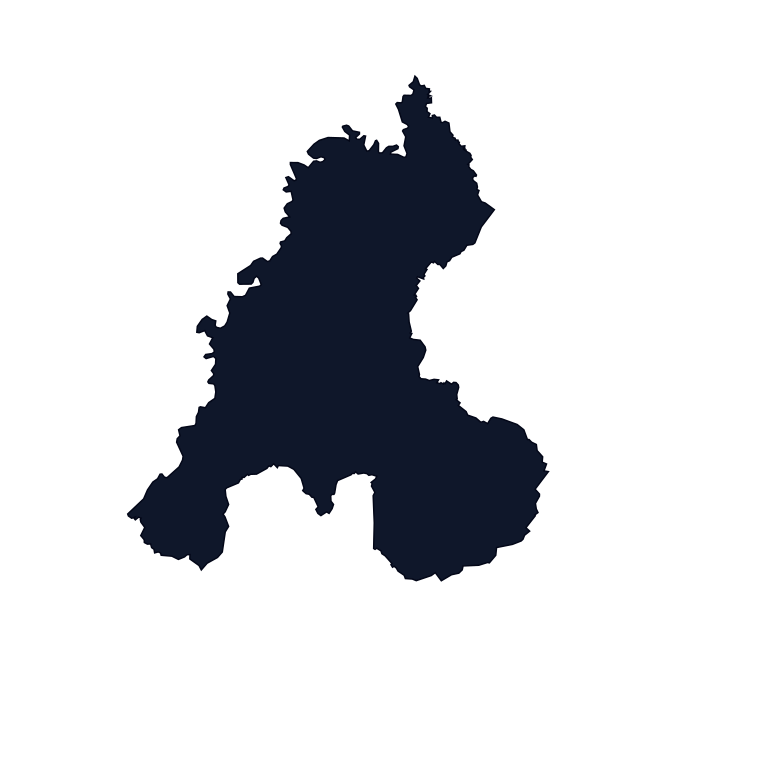 the district of Mueang Maha Sarakham, Maha Sarakham, Thailand, rotated 305°
{"feature_id": "78962969B99626144769270", "entity_name": "Mueang Maha Sarakham", "entity_type": "district", "adm_level": 2, "iso_a3": "THA", "parent_name": "Thailand", "parent_adm1": "Maha Sarakham", "projection": "orthographic", "projection_center": [103.336, 16.105], "detail": "fine", "context": "isolated", "style": "filled", "palette": "ink", "viewbox_px": 768, "rotation_deg": 305, "n_neighbors": 0, "source": "geoboundaries", "source_scale": "gbopen_adm2", "svg_char_len": 6171}
<svg xmlns="http://www.w3.org/2000/svg" viewBox="0 0 768 768"><g transform="rotate(305 384 384)"><path d="M297.2,571.2L297.9,572.9L307.8,573.8L314.6,570.0L326.3,581.2L334.1,586.4L336.6,586.9L340.7,585.9L347.0,587.7L347.7,582.7L362.8,583.5L363.1,582.6L367.0,583.9L369.0,580.4L373.1,576.5L381.2,575.7L383.0,574.5L384.5,568.1L406.5,568.9L404.6,564.9L411.7,563.0L410.7,558.4L415.4,555.7L417.3,547.6L421.8,543.5L421.0,538.3L421.7,534.7L420.8,533.3L426.7,524.8L427.2,516.3L423.0,500.6L419.4,492.2L417.2,491.2L411.0,491.6L410.5,487.0L408.2,485.3L408.9,478.8L406.5,470.4L408.5,467.1L409.1,457.2L412.2,457.1L412.6,452.1L413.8,452.5L417.1,449.6L424.1,447.1L425.8,445.4L426.5,442.2L425.3,440.1L422.6,439.4L422.4,433.5L419.3,433.9L419.3,432.5L418.1,432.8L417.7,429.9L416.6,429.9L415.3,426.5L418.7,426.3L416.5,422.3L412.8,419.1L411.9,415.3L409.5,411.3L410.2,408.4L412.1,407.6L417.6,401.6L428.2,401.0L435.7,398.8L438.0,396.3L440.6,388.5L437.3,382.4L436.5,378.6L441.4,377.8L440.9,376.2L442.9,376.1L449.2,369.0L455.6,363.9L455.6,362.7L459.3,363.6L472.0,362.8L472.9,360.1L474.3,360.5L475.1,359.0L474.4,357.7L482.1,357.4L483.2,353.9L489.0,354.3L489.5,350.0L491.1,349.9L492.8,356.3L494.1,355.1L496.0,355.5L496.7,353.8L502.5,353.5L502.2,351.9L511.0,352.7L511.7,355.1L513.5,355.0L512.8,359.5L514.0,361.2L512.6,366.3L516.2,366.9L520.1,365.5L522.6,367.0L526.7,366.8L534.2,371.5L536.7,371.2L539.4,372.7L545.2,372.3L549.3,376.7L551.7,377.5L568.5,373.6L590.1,374.4L590.3,363.1L589.2,359.3L592.5,352.2L597.0,350.8L596.6,348.4L598.9,347.6L601.6,344.8L601.9,340.1L603.8,338.2L606.5,338.9L606.9,340.2L608.2,339.9L609.9,334.9L609.6,331.8L610.7,328.7L612.3,327.9L612.0,326.7L618.5,327.6L619.5,324.9L621.2,324.2L622.2,322.0L621.8,317.8L622.7,317.0L622.0,316.0L622.9,315.5L621.8,314.6L622.9,313.6L623.5,314.7L625.5,313.6L623.0,310.9L623.8,307.6L625.2,307.1L625.0,305.9L626.2,304.8L624.9,302.5L626.1,301.3L625.4,298.4L627.4,297.8L628.5,293.3L635.0,287.5L634.2,283.3L631.7,282.1L631.1,280.6L634.5,276.7L632.6,274.1L633.3,271.0L631.6,269.6L629.5,271.1L628.1,267.3L631.8,266.6L631.8,263.0L634.7,261.2L635.0,258.8L638.2,257.9L641.6,261.6L645.6,258.6L643.8,257.3L644.5,255.9L643.7,255.6L645.0,255.1L646.8,256.9L646.2,253.7L650.4,254.2L649.8,253.0L651.8,251.9L650.1,248.6L651.7,245.7L649.7,243.8L649.4,241.6L653.4,235.9L653.9,232.8L648.4,234.6L643.0,233.2L642.1,234.5L642.1,239.9L638.3,241.3L636.0,240.8L632.0,234.8L630.4,234.7L625.4,237.3L624.0,236.6L622.1,233.4L620.1,233.1L617.3,238.3L609.2,248.7L609.9,254.2L609.1,256.4L607.1,256.6L603.5,254.0L601.9,254.1L599.0,260.0L590.6,263.8L586.1,270.6L582.6,271.7L581.1,270.4L579.9,263.5L576.0,257.4L577.8,256.6L584.8,260.4L586.6,259.6L586.9,257.2L583.7,254.9L581.4,251.6L578.9,250.5L572.4,250.1L570.5,247.6L571.2,246.1L578.0,241.5L579.4,238.2L578.4,237.5L574.2,238.4L566.5,238.0L564.9,236.3L568.2,230.3L576.5,226.7L575.8,225.1L570.5,223.8L568.9,221.3L569.6,219.4L574.7,220.5L576.1,219.5L573.3,213.0L575.1,207.1L574.5,204.9L571.6,202.4L570.6,202.5L568.4,207.0L568.1,213.1L563.2,216.1L562.6,210.2L553.8,196.8L546.5,191.3L540.3,189.1L530.5,187.8L529.0,190.3L528.6,196.7L530.0,199.4L534.0,202.0L535.1,205.2L534.1,206.9L531.0,206.3L528.9,204.4L528.1,200.8L526.1,198.6L517.7,197.9L517.6,192.9L516.0,186.6L511.7,180.3L510.1,181.4L502.0,194.5L500.4,194.9L498.9,193.8L499.0,186.8L496.8,185.2L492.7,192.0L490.8,192.1L487.2,189.7L485.3,190.1L485.2,193.7L488.6,197.4L482.7,203.8L480.8,204.0L476.2,201.4L470.8,201.3L468.4,204.4L466.8,210.9L461.9,206.4L458.9,205.9L456.3,207.0L455.6,209.4L457.1,215.3L455.7,220.3L453.8,221.8L448.1,220.4L444.3,220.6L441.0,217.8L439.5,218.3L438.3,220.8L436.7,221.6L428.9,221.7L424.5,219.6L419.2,219.8L417.4,218.1L417.5,212.3L416.2,210.6L409.7,206.8L404.6,206.8L390.5,201.0L383.2,206.2L382.9,208.4L389.7,217.9L392.1,218.3L396.1,217.0L399.2,217.8L398.9,220.6L395.0,226.5L392.8,226.0L385.3,218.7L377.2,219.7L374.2,217.9L369.7,211.1L371.3,205.5L370.0,203.5L368.1,204.5L365.6,209.4L358.2,210.6L353.7,217.0L344.7,220.0L340.2,220.2L335.8,218.0L334.3,214.1L335.2,212.0L339.2,210.0L338.0,205.9L338.0,199.9L332.6,198.0L324.2,198.0L319.0,201.0L320.0,203.2L324.9,206.5L322.2,211.8L323.7,217.2L316.7,218.1L314.9,224.8L312.9,226.6L310.3,225.7L305.9,221.0L303.0,221.0L302.8,223.7L308.8,228.5L308.4,231.7L303.5,234.7L296.0,234.9L294.8,238.6L293.2,239.5L286.8,238.1L284.7,238.5L284.1,240.2L286.4,244.4L285.7,246.4L281.0,250.8L275.2,253.7L268.2,251.1L262.1,251.3L260.0,246.7L258.8,246.0L254.4,248.3L249.7,249.0L244.0,252.6L241.5,252.9L232.1,243.1L228.7,242.0L224.6,246.6L220.6,246.0L217.4,247.5L209.6,260.9L206.1,262.6L198.5,263.7L182.8,260.0L181.7,257.7L182.9,253.7L181.7,252.3L176.5,252.9L171.1,250.9L161.7,251.0L152.0,253.0L130.5,248.6L129.3,250.3L129.3,254.3L132.0,256.3L130.7,256.2L130.1,258.2L134.2,259.4L134.8,262.0L133.2,262.1L131.4,264.1L129.3,270.3L120.3,271.7L118.9,276.9L116.7,278.6L117.1,282.0L119.1,284.6L116.7,287.5L116.7,290.4L114.1,293.0L117.0,295.4L117.4,297.9L115.9,299.7L121.3,309.0L122.4,316.2L128.0,319.8L131.1,320.5L133.0,322.9L129.3,325.3L129.2,336.6L126.9,341.0L135.7,341.9L146.4,347.1L153.6,347.9L171.8,338.8L178.2,338.4L183.9,330.0L185.1,326.8L188.2,327.2L196.2,325.8L201.3,318.9L206.5,314.4L208.7,314.7L219.5,321.5L223.4,321.1L224.8,322.2L226.1,321.2L227.3,323.0L231.6,323.9L231.5,325.5L233.6,326.6L237.1,331.3L247.7,336.5L250.9,336.6L251.4,338.7L255.4,339.4L254.3,344.6L256.6,344.2L261.6,352.3L262.4,359.1L259.2,370.3L252.8,378.3L250.0,378.6L249.5,383.1L250.8,386.1L249.9,389.9L250.8,391.6L245.6,400.6L242.2,400.1L240.1,404.1L240.0,407.8L246.3,410.3L246.5,413.2L252.2,413.0L256.4,411.7L257.6,407.8L261.8,404.5L263.5,404.5L264.9,406.3L266.4,406.1L274.1,402.4L278.3,401.4L290.8,409.1L292.6,409.3L293.7,411.0L295.8,411.0L295.4,414.4L299.5,418.5L300.8,421.5L300.5,423.9L302.8,426.1L304.3,431.0L301.3,431.5L296.0,429.9L295.7,431.4L293.2,432.3L290.0,438.7L286.3,439.2L264.6,455.7L243.3,469.9L243.4,471.5L245.3,472.3L245.6,477.2L243.8,479.6L243.9,483.5L241.5,493.5L240.0,493.3L238.8,496.1L240.5,496.8L240.3,499.7L238.8,502.8L238.9,510.2L236.9,513.1L240.5,519.1L241.4,523.2L254.2,532.6L258.9,534.2L255.7,543.8L266.5,548.7L272.0,553.8L276.6,554.7L280.3,553.1L289.9,565.6L297.2,571.2Z" fill="#0f172a" stroke="#020617" stroke-width="1.5"/></g></svg>